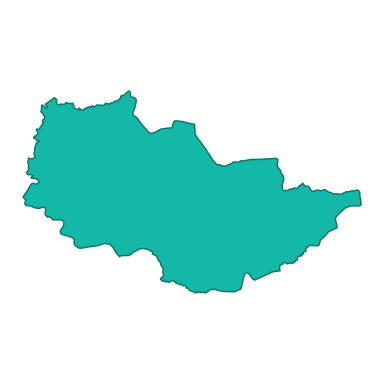 outline of Ngandajika, Kasaï-Oriental, Democratic Republic of the Congo
{"feature_id": "63176286B5322857834849", "entity_name": "Ngandajika", "entity_type": "district", "adm_level": 2, "iso_a3": "COD", "parent_name": "Democratic Republic of the Congo", "parent_adm1": "Kasaï-Oriental", "projection": "albers", "projection_center": [24.204, -6.701], "detail": "fine", "context": "isolated", "style": "filled", "palette": "teal", "viewbox_px": 384, "rotation_deg": 0, "n_neighbors": 0, "source": "geoboundaries", "source_scale": "gbopen_adm2", "svg_char_len": 5100}
<svg xmlns="http://www.w3.org/2000/svg" viewBox="0 0 384 384"><path d="M125.0,94.1L124.1,95.5L122.7,95.2L120.7,96.3L120.8,98.1L118.3,99.7L117.8,101.1L115.2,101.0L112.9,102.7L111.3,102.8L110.0,103.9L106.9,103.8L106.5,103.6L105.4,103.3L104.0,105.4L103.7,105.4L96.7,105.0L95.0,106.7L93.7,106.7L92.3,105.7L90.9,106.9L89.8,106.7L84.9,108.6L83.2,110.2L82.5,110.3L81.1,109.8L79.3,108.2L78.9,108.7L78.9,109.8L77.8,109.2L76.0,109.2L74.8,108.2L73.3,107.7L73.9,106.5L73.1,103.6L72.7,103.2L70.2,103.7L66.1,102.6L64.7,104.3L61.3,104.2L60.6,104.2L58.7,105.0L58.0,104.8L57.0,103.6L56.3,102.2L56.9,100.1L55.3,98.3L54.2,97.8L45.5,104.2L45.6,105.2L47.1,106.3L47.4,107.2L46.9,107.9L45.3,107.8L43.0,105.2L42.1,105.1L41.6,106.0L41.4,110.4L40.8,111.7L42.8,113.5L44.7,117.1L44.7,117.4L44.7,118.1L44.1,119.3L42.8,119.7L42.4,120.5L43.1,122.1L42.3,124.9L41.2,125.6L40.7,127.2L40.0,127.6L39.6,129.3L36.6,129.1L36.5,130.3L37.7,132.0L37.8,133.2L37.3,134.5L35.3,136.3L34.8,136.3L33.6,137.4L33.9,138.2L35.7,138.7L36.3,140.0L39.0,140.8L39.3,141.5L38.8,141.8L38.4,142.2L36.9,142.2L35.3,146.1L34.7,148.3L34.9,150.1L33.9,153.6L35.1,156.3L34.1,158.0L32.7,158.9L30.8,158.9L28.7,158.1L27.9,161.9L28.7,165.8L28.4,167.8L28.9,169.4L28.5,170.5L26.5,172.3L27.4,174.2L28.3,174.8L31.4,174.7L32.9,175.5L31.0,177.8L32.2,178.3L35.8,178.7L37.3,179.3L38.7,180.8L39.2,182.4L38.8,182.6L36.9,183.8L35.4,184.1L33.4,183.3L31.9,183.7L30.7,184.7L28.3,189.4L23.0,197.1L23.3,197.8L24.0,198.3L25.7,199.5L24.7,204.0L26.9,205.9L28.6,205.7L30.1,205.8L31.4,206.3L33.4,207.1L34.8,207.7L37.4,208.3L39.8,208.3L41.0,207.7L42.4,207.3L43.7,207.3L44.9,207.7L45.9,209.0L45.6,210.0L45.3,211.3L45.0,213.4L45.4,215.0L47.5,217.1L49.1,216.9L49.9,216.7L51.4,218.2L52.2,219.0L53.0,219.8L54.3,219.8L60.7,219.7L61.5,220.1L63.7,221.4L63.9,222.7L63.8,223.7L63.7,225.0L63.0,226.7L62.2,228.2L61.0,229.5L60.2,231.8L60.6,233.2L62.1,234.5L65.8,235.5L67.9,236.1L70.6,237.0L72.6,237.8L73.7,238.9L74.2,240.2L74.2,241.7L74.0,243.7L75.4,245.7L78.7,248.0L81.1,248.2L83.5,247.7L85.9,247.4L88.2,246.9L91.6,246.5L96.6,245.9L99.8,245.1L102.0,244.2L104.6,243.4L110.2,244.4L113.6,248.3L116.1,252.9L119.5,256.7L121.2,255.6L123.5,255.6L128.8,255.5L131.1,254.2L134.0,251.4L135.8,251.2L137.3,249.7L137.9,250.0L138.1,249.9L139.3,248.8L140.7,249.0L141.1,248.8L141.7,248.4L144.2,248.6L149.2,249.9L149.7,250.7L151.9,251.2L153.0,254.4L155.8,255.4L157.6,258.2L158.5,260.7L160.3,262.3L160.8,264.8L163.4,269.0L163.1,270.3L162.7,272.2L163.5,274.3L163.4,275.9L162.9,277.0L162.0,277.1L161.0,278.0L160.5,279.2L162.6,281.2L164.2,280.6L164.6,281.5L165.5,281.9L167.2,281.4L168.1,282.1L169.5,282.2L170.6,281.0L171.9,280.9L174.1,281.2L175.5,282.2L176.2,283.5L177.8,283.4L179.9,284.7L181.3,284.4L182.8,285.7L183.8,285.8L184.3,285.5L184.6,285.2L185.4,285.5L185.9,286.1L186.2,287.9L188.1,288.3L189.0,289.4L189.8,290.5L196.2,292.9L197.4,292.4L198.3,292.0L205.9,292.8L210.8,289.4L215.3,289.5L220.4,291.0L226.1,291.6L231.5,291.7L234.8,291.7L239.1,289.7L240.9,288.9L244.2,275.2L245.3,273.6L246.4,272.9L247.8,272.9L250.1,275.3L252.8,279.0L254.7,280.0L273.1,271.7L280.0,270.8L279.6,269.5L279.9,265.3L282.4,264.3L283.2,263.0L283.5,262.5L284.8,262.5L287.0,263.8L290.9,263.0L293.0,263.2L294.3,261.9L295.1,261.8L295.3,260.4L297.1,260.0L297.5,259.1L297.3,257.6L298.6,256.4L299.9,256.3L300.4,255.6L301.8,255.7L301.5,254.2L303.4,253.9L303.6,253.4L302.9,252.3L305.7,251.2L306.2,250.6L305.3,249.0L305.4,248.8L305.9,248.2L307.2,247.7L309.4,245.3L317.3,245.9L318.5,245.4L319.3,244.5L320.1,241.1L321.0,239.4L324.6,236.4L328.5,231.7L333.7,229.3L337.1,227.7L336.7,224.3L335.2,218.5L337.3,215.3L345.0,208.1L350.3,206.0L355.4,205.8L359.3,205.9L361.0,204.8L360.6,199.0L359.6,194.7L359.8,192.9L359.9,192.3L358.0,190.0L355.7,190.3L353.7,191.3L352.4,190.7L350.2,191.5L346.0,191.8L341.4,194.2L339.4,194.3L337.1,193.7L332.9,193.9L330.9,192.5L329.1,192.4L324.9,189.6L323.8,189.7L322.6,190.5L320.9,190.8L318.5,190.1L316.4,190.2L313.7,191.3L312.0,191.3L310.8,190.0L308.9,186.9L307.8,186.1L305.3,186.3L302.7,183.3L302.1,183.9L300.9,185.3L299.6,185.4L297.3,188.4L293.8,188.0L292.6,189.0L289.8,189.2L288.0,190.5L283.5,190.5L282.5,189.5L282.1,184.9L283.6,180.1L283.7,178.4L283.3,176.3L282.4,174.5L280.9,173.2L280.7,170.7L277.3,166.4L277.2,164.0L277.9,159.9L276.3,158.3L273.1,158.6L267.2,158.9L260.5,159.3L254.9,159.4L250.4,159.6L244.3,160.7L243.7,161.1L241.9,160.7L240.3,161.0L238.8,162.0L233.1,162.1L231.5,163.6L225.1,166.1L222.1,165.9L220.0,164.8L217.7,164.9L216.7,164.6L212.6,159.9L211.2,157.5L209.8,155.4L207.4,152.1L206.2,149.9L204.0,146.7L200.4,141.8L196.2,136.4L195.1,133.6L194.9,129.8L194.7,127.8L194.6,124.3L191.6,123.8L185.2,122.3L181.4,121.4L178.2,121.0L174.9,120.9L173.9,121.8L172.9,124.1L172.3,126.9L171.1,128.1L168.8,128.0L163.7,128.7L161.5,129.0L159.7,129.6L157.6,131.0L155.6,131.9L153.2,133.0L151.2,133.4L148.7,132.3L146.0,129.3L143.4,126.2L140.3,122.7L138.5,119.8L137.0,117.9L135.7,116.8L133.5,115.5L132.7,114.3L133.0,112.4L133.9,110.2L134.6,108.6L135.7,104.2L136.2,101.3L136.1,99.6L135.1,98.3L134.1,97.5L131.0,97.1L130.5,95.3L130.5,93.5L130.2,92.2L129.4,91.1L128.3,91.3L125.0,94.1Z" fill="#14b8a6" stroke="#0f766e" stroke-width="1.5"/></svg>